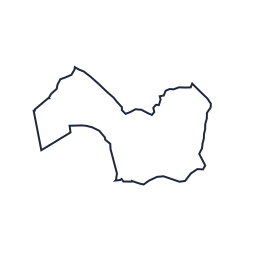 Karlstad, Värmland, Sweden (Natural Earth projection), rotated 45°
{"feature_id": "70781695B32698767031926", "entity_name": "Karlstad", "entity_type": "district", "adm_level": 2, "iso_a3": "SWE", "parent_name": "Sweden", "parent_adm1": "Värmland", "projection": "natural_earth1", "projection_center": [13.634, 59.463], "detail": "fine", "context": "isolated", "style": "outline", "palette": "slate", "viewbox_px": 256, "rotation_deg": 45, "n_neighbors": 0, "source": "geoboundaries", "source_scale": "gbopen_adm2", "svg_char_len": 1234}
<svg xmlns="http://www.w3.org/2000/svg" viewBox="0 0 256 256"><g transform="rotate(45 128 128)"><path d="M82.4,205.0L90.5,171.8L85.1,167.7L92.8,159.6L92.9,159.4L96.6,156.2L102.0,152.9L109.5,150.3L118.2,151.0L120.3,152.4L126.6,151.7L130.6,155.3L152.4,168.0L156.4,173.5L156.4,173.9L159.1,170.5L159.5,168.6L162.6,169.1L168.4,163.4L168.8,162.6L168.6,162.5L175.5,159.1L179.0,156.9L180.1,150.2L183.1,142.0L187.3,137.0L194.8,133.3L202.4,129.6L205.8,125.1L204.6,115.5L206.1,108.0L210.3,104.3L209.1,99.9L207.6,99.4L202.7,97.9L196.6,95.9L194.7,90.0L191.7,86.3L189.0,81.7L186.0,78.5L183.4,74.3L180.0,70.8L176.9,65.4L173.1,61.5L172.0,55.1L169.9,52.8L169.3,52.2L163.3,51.0L152.4,51.2L142.0,51.2L143.6,55.0L139.9,58.9L135.3,63.2L132.9,68.4L129.9,71.0L128.3,75.1L130.3,79.8L128.0,83.1L130.9,84.8L133.6,90.0L131.3,91.9L131.6,95.8L135.3,98.2L135.6,101.9L130.9,103.7L124.6,105.6L120.0,109.5L118.3,115.2L116.3,119.7L111.0,119.7L109.0,117.6L101.3,117.3L96.4,116.7L93.5,116.9L88.0,117.3L75.7,117.6L65.4,118.2L56.8,119.3L52.1,121.3L47.4,122.6L48.8,124.3L50.4,130.4L47.7,137.2L45.7,141.3L47.4,147.0L49.9,150.8L49.5,158.4L50.8,162.9L51.0,162.9L50.5,163.5L49.0,180.6L49.8,181.6L49.1,182.5L82.4,205.0Z" fill="none" stroke="#1e293b" stroke-width="2"/></g></svg>